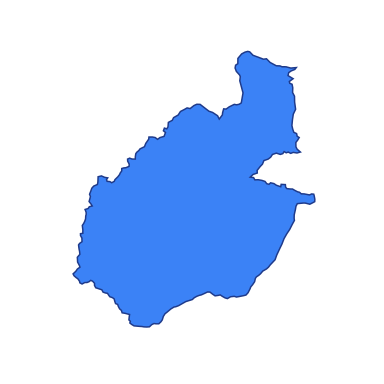 Santa Margarida do Sul, Rio Grande do Sul, Brazil (Mercator projection), rotated 251°
{"feature_id": "56859067B58398228642576", "entity_name": "Santa Margarida do Sul", "entity_type": "district", "adm_level": 2, "iso_a3": "BRA", "parent_name": "Brazil", "parent_adm1": "Rio Grande do Sul", "projection": "mercator", "projection_center": [-54.09, -30.371], "detail": "fine", "context": "isolated", "style": "filled", "palette": "blue", "viewbox_px": 384, "rotation_deg": 251, "n_neighbors": 0, "source": "geoboundaries", "source_scale": "gbopen_adm2", "svg_char_len": 3872}
<svg xmlns="http://www.w3.org/2000/svg" viewBox="0 0 384 384"><g transform="rotate(251 192 192)"><path d="M303.4,278.9L298.4,277.1L297.7,274.5L295.2,273.1L291.6,273.2L287.1,275.1L285.3,275.2L281.6,273.4L269.1,272.5L260.2,267.6L259.6,265.2L259.9,262.6L261.1,260.5L260.4,254.9L259.3,251.3L260.3,249.0L257.1,246.8L255.0,245.8L253.5,243.6L252.1,241.5L255.8,241.0L260.5,237.4L262.9,234.3L272.2,228.2L273.4,225.1L273.1,222.0L271.5,217.4L273.1,214.7L272.5,211.5L271.9,207.3L269.3,204.0L268.3,198.8L266.2,196.7L265.5,192.3L261.4,190.5L259.9,188.7L261.4,186.7L259.2,184.9L256.9,186.3L253.7,183.7L253.9,179.4L253.0,176.6L255.5,174.9L256.8,172.6L258.0,169.2L256.1,168.3L253.0,164.1L250.3,161.8L249.7,156.9L248.5,155.2L247.6,152.8L246.5,151.3L243.8,149.9L241.6,149.1L242.7,146.0L244.3,144.1L244.1,141.8L242.1,141.2L238.8,141.7L236.7,140.8L236.5,137.3L237.0,135.3L237.1,133.2L234.8,132.4L233.4,130.4L232.0,129.1L230.5,126.8L228.8,123.2L227.4,122.0L226.9,119.1L228.6,117.7L229.7,115.2L231.5,115.2L232.8,116.9L234.3,114.2L236.7,111.6L237.0,108.2L231.9,106.2L229.9,105.0L229.6,101.0L228.2,98.5L225.8,96.6L223.2,94.4L220.9,94.5L219.4,93.6L216.5,91.6L213.5,92.6L211.3,93.1L211.5,90.1L210.2,88.4L210.3,85.2L207.3,85.3L205.4,84.7L203.9,83.7L201.2,82.6L199.2,81.0L197.5,79.3L196.1,77.4L191.5,76.4L188.5,75.3L188.9,73.0L187.1,72.4L184.3,72.9L180.8,71.8L180.0,69.0L178.9,67.5L177.1,67.1L174.6,66.6L172.7,66.4L169.6,65.7L167.6,62.3L165.0,61.6L163.0,61.0L159.1,61.6L157.4,61.6L156.5,58.6L154.9,56.4L153.3,52.9L151.2,53.2L148.9,54.5L147.1,55.8L144.3,56.6L142.6,56.4L140.8,58.1L141.3,61.1L140.6,63.3L140.7,65.4L141.4,67.5L140.0,69.0L137.4,70.1L135.4,69.4L132.8,69.8L130.2,73.2L128.9,74.9L126.3,75.3L124.7,77.3L123.7,79.1L121.7,79.6L119.7,80.2L118.1,82.3L116.3,83.6L113.9,83.4L111.4,83.4L109.9,85.1L107.7,85.1L105.1,85.5L103.0,86.7L100.5,86.6L99.1,89.2L96.5,93.1L94.2,91.9L91.6,90.7L89.8,91.6L88.4,90.6L86.6,91.7L84.3,93.6L82.1,98.5L81.1,100.9L80.2,102.5L79.1,105.2L78.4,107.9L79.7,110.7L80.0,113.2L79.0,115.3L78.2,117.7L79.4,120.4L80.8,122.3L83.7,124.4L85.7,126.9L86.4,129.0L88.3,133.9L89.1,137.5L88.8,139.4L88.9,142.4L89.5,145.6L90.4,150.5L90.2,157.3L91.3,159.7L91.8,162.5L91.9,165.2L91.7,167.4L92.0,170.5L92.4,174.1L91.5,176.4L88.6,178.3L86.3,180.0L85.7,183.2L85.5,185.2L83.6,186.6L81.1,188.8L79.7,190.8L80.4,194.4L79.6,198.0L78.2,199.9L77.8,202.6L77.2,207.0L77.0,209.5L78.5,212.2L81.7,215.5L83.1,216.6L84.6,219.1L86.8,222.0L89.7,223.8L90.8,225.3L91.5,228.0L92.4,230.2L94.2,233.2L95.0,237.4L96.0,239.8L97.6,242.2L100.9,248.5L104.8,251.6L110.5,257.1L113.5,260.1L117.9,263.8L121.6,268.0L124.8,272.2L128.7,276.2L131.8,279.6L133.9,280.0L137.1,281.2L141.8,284.1L144.6,285.6L146.7,287.8L146.0,290.8L145.4,293.3L144.7,295.4L142.1,299.4L142.4,301.8L142.9,304.9L145.2,305.8L148.6,306.3L150.3,306.4L151.2,304.5L151.0,302.1L152.4,299.7L153.8,297.2L154.7,294.7L156.7,293.6L157.8,291.9L160.1,289.7L162.1,288.0L162.9,285.8L164.3,282.8L166.1,282.1L168.6,282.7L170.2,278.8L168.1,277.6L170.9,274.0L173.3,272.2L175.1,269.3L174.2,267.3L175.5,265.4L178.2,264.5L180.2,261.9L182.1,258.5L183.0,255.4L185.6,254.9L187.1,251.9L188.7,255.4L188.7,259.9L191.2,260.6L193.9,264.8L195.4,267.7L198.3,270.2L198.3,274.7L199.3,277.7L201.3,280.3L201.3,284.4L198.8,287.7L198.7,290.3L200.2,292.3L198.4,293.8L198.4,296.0L196.4,297.9L196.5,300.6L194.7,304.0L194.5,307.5L196.2,306.5L198.4,305.3L200.9,305.0L205.0,306.3L206.5,308.6L208.6,311.1L210.4,309.6L213.2,309.9L215.3,307.7L218.5,307.7L222.3,308.1L227.8,310.6L232.6,313.1L236.5,316.9L243.6,318.3L249.2,320.1L253.3,319.5L257.7,321.2L261.3,321.7L263.0,319.8L264.8,320.0L266.2,324.5L269.1,322.1L270.8,320.7L273.4,322.3L274.2,325.3L274.4,329.1L275.7,331.1L277.0,325.8L279.8,321.6L281.1,317.9L282.6,316.2L283.9,312.8L289.1,308.0L293.7,305.8L294.3,302.8L301.4,294.2L305.7,292.2L306.8,290.5L307.0,287.6L306.4,283.9L303.4,278.9Z" fill="#3b82f6" stroke="#1e3a8a" stroke-width="1.5"/></g></svg>